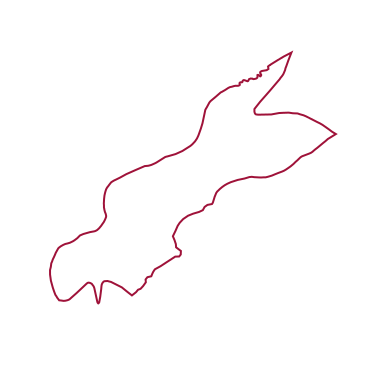 Nhommalath, Khammouan, Laos, rotated 313°
{"feature_id": "54806243B45246983413139", "entity_name": "Nhommalath", "entity_type": "district", "adm_level": 2, "iso_a3": "LAO", "parent_name": "Laos", "parent_adm1": "Khammouan", "projection": "mercator", "projection_center": [105.307, 17.543], "detail": "fine", "context": "isolated", "style": "outline", "palette": "rose", "viewbox_px": 384, "rotation_deg": 313, "n_neighbors": 0, "source": "geoboundaries", "source_scale": "gbopen_adm2", "svg_char_len": 4563}
<svg xmlns="http://www.w3.org/2000/svg" viewBox="0 0 384 384"><g transform="rotate(313 192 192)"><path d="M361.8,169.6L353.6,166.7L346.7,164.7L338.9,162.6L338.7,162.6L338.4,162.6L338.2,162.6L338.0,162.4L336.1,162.0L335.5,162.1L334.9,163.1L334.1,164.0L332.0,163.5L328.2,160.6L326.8,160.1L326.0,160.2L325.3,161.1L325.3,161.5L325.1,161.9L325.0,162.5L324.7,162.9L324.4,163.0L323.7,163.2L323.3,163.2L323.0,162.8L323.0,162.0L323.0,161.4L322.8,160.6L322.6,160.3L322.2,160.1L321.7,160.5L321.4,160.9L320.8,161.4L320.1,161.8L319.3,161.7L319.0,161.7L318.3,161.3L318.1,161.2L317.1,160.5L316.5,160.0L316.2,159.5L316.2,159.0L315.6,158.3L315.0,157.5L314.6,157.4L314.3,157.2L313.7,156.8L312.9,156.9L312.4,157.1L311.9,157.3L311.3,157.3L310.9,157.1L310.5,156.3L310.1,155.3L309.6,154.2L309.2,153.6L308.8,153.3L308.4,153.3L307.7,153.3L306.9,153.8L306.5,153.8L306.0,153.5L305.7,153.0L305.5,152.8L305.2,152.6L304.7,152.4L304.3,152.4L303.9,152.6L303.6,153.0L303.4,153.4L303.0,153.9L302.8,153.9L302.7,153.9L302.3,153.8L301.6,153.6L300.8,153.0L299.6,151.7L299.3,151.3L297.4,150.0L297.2,150.0L296.1,149.3L294.7,148.3L293.0,147.6L289.3,146.7L285.4,145.5L284.5,145.1L277.8,144.4L273.0,143.8L271.4,143.6L270.4,143.6L269.2,143.7L267.7,144.1L265.4,144.7L263.9,145.1L262.8,145.3L262.0,145.5L261.5,145.6L261.2,145.7L249.4,152.8L244.5,155.2L238.5,157.8L237.2,158.3L234.7,159.1L233.7,159.3L232.3,159.5L231.1,159.7L228.9,159.7L227.4,159.7L226.2,159.6L224.6,159.4L215.4,157.0L208.5,154.1L201.5,149.9L200.6,149.3L199.8,148.8L198.9,148.4L198.4,148.3L190.8,146.3L189.3,145.9L187.6,145.3L184.1,143.8L182.4,142.8L181.2,142.0L180.1,141.0L179.3,140.3L178.8,139.8L169.9,135.9L160.3,131.8L153.6,129.6L149.1,127.9L147.4,127.2L145.7,126.7L144.1,126.3L143.5,126.3L142.4,126.4L140.2,126.6L138.6,126.8L137.8,126.8L136.8,127.0L135.3,127.4L133.4,128.3L131.9,129.1L129.7,130.4L127.0,132.4L125.1,134.0L123.5,135.3L122.2,136.7L120.6,138.2L119.8,139.4L119.5,139.7L118.5,141.2L118.0,142.0L117.7,142.7L117.1,143.9L116.5,144.8L115.9,145.6L115.1,146.2L113.4,146.9L111.6,147.5L109.8,148.0L106.7,148.4L105.6,148.6L102.2,148.8L99.6,148.6L98.3,148.2L97.1,147.7L96.1,147.0L93.0,144.7L87.2,141.2L83.8,139.7L80.0,139.6L76.6,139.0L74.7,138.5L71.6,137.3L69.4,136.0L67.6,134.8L65.5,133.9L63.0,133.1L60.9,132.7L59.7,132.6L58.0,133.0L56.0,133.5L54.7,133.8L52.9,134.5L50.3,135.4L47.7,136.2L45.7,137.1L43.9,137.7L41.0,139.8L38.1,141.4L34.8,144.5L30.9,149.3L27.2,155.3L25.9,157.7L24.9,159.6L23.6,162.3L23.2,164.2L22.8,165.3L22.6,166.5L22.2,168.7L23.4,170.3L24.7,172.2L25.8,173.3L26.8,174.0L28.2,174.9L29.6,175.5L30.7,175.7L32.1,175.8L39.3,176.5L48.2,177.1L52.9,177.4L54.3,177.6L55.2,178.2L55.6,178.8L56.0,179.5L56.3,180.5L56.5,181.3L56.3,182.1L56.1,183.6L55.8,184.7L55.1,186.1L47.0,197.8L46.7,198.5L46.6,199.0L46.6,199.4L46.9,199.5L47.2,199.5L48.0,199.4L52.7,196.4L59.1,191.8L61.4,190.0L62.6,189.2L63.3,188.9L64.0,188.7L64.8,188.5L65.4,188.5L66.1,188.5L66.9,188.7L67.6,189.3L68.1,189.8L69.3,190.9L70.0,192.3L71.0,194.1L74.4,205.7L74.8,211.7L75.0,214.2L75.4,218.6L80.6,219.4L83.7,219.2L86.1,220.4L89.8,220.4L94.5,219.8L96.4,217.7L99.3,217.5L102.6,219.7L105.2,218.7L107.1,218.1L108.7,217.8L110.2,217.6L116.3,219.6L121.6,220.9L133.3,223.8L136.1,226.6L138.6,226.4L141.3,224.1L140.7,218.1L142.9,215.7L144.9,212.0L146.6,208.2L152.1,206.5L157.5,204.6L161.1,204.0L166.2,204.0L172.0,205.3L176.9,207.6L182.3,210.8L186.1,212.3L189.7,211.4L193.1,212.1L196.8,214.8L198.1,214.6L198.9,214.3L200.1,213.7L202.2,212.7L203.8,211.9L205.4,211.3L206.4,210.9L208.1,210.3L209.8,210.1L210.6,210.2L213.2,210.3L216.3,210.7L219.2,211.3L222.1,212.2L225.7,213.7L232.0,217.2L237.8,221.3L242.1,223.8L243.1,224.7L243.9,225.4L245.3,227.4L247.8,230.4L249.5,232.4L251.9,234.7L253.0,235.9L255.0,237.2L258.4,239.2L261.5,240.6L264.5,242.0L268.5,244.0L270.4,244.8L272.4,245.4L275.5,246.1L277.9,246.6L281.7,247.1L284.6,247.2L287.5,247.5L288.5,247.5L289.5,247.6L290.5,247.6L291.2,247.7L292.0,247.8L293.3,248.2L295.3,249.2L300.2,251.6L301.9,252.3L303.6,252.7L305.0,252.8L307.4,253.1L309.7,253.5L317.5,254.5L320.1,254.9L323.4,255.2L327.7,256.4L332.5,257.7L331.6,253.4L331.4,251.6L331.2,249.6L330.1,241.6L329.4,238.6L328.5,235.7L327.8,233.2L325.1,223.8L324.2,221.3L322.3,217.6L321.5,215.7L318.4,212.1L316.0,208.6L311.7,204.3L309.1,201.8L302.8,197.1L293.7,187.7L292.6,186.2L292.3,185.6L292.3,185.0L292.5,184.3L292.7,183.8L293.4,182.8L295.2,181.1L295.9,181.0L304.5,180.3L318.7,179.9L331.5,179.3L334.1,179.2L336.0,178.9L337.9,178.8L339.4,178.6L340.1,178.5L341.4,178.1L344.7,176.9L346.2,176.0L348.0,175.3L354.0,172.7L361.8,169.6Z" fill="none" stroke="#9f1239" stroke-width="2"/></g></svg>